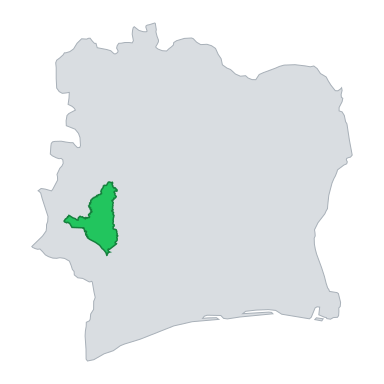 Guemon, Dix-Huit Montagnes, Ivory Coast (highlighted)
{"feature_id": "98640826B22329502030217", "entity_name": "Guemon", "entity_type": "district", "adm_level": 2, "iso_a3": "CIV", "parent_name": "Ivory Coast", "parent_adm1": "Dix-Huit Montagnes", "projection": "albers", "projection_center": [-7.319, 7.029], "detail": "fine", "context": "in_parent", "style": "filled", "palette": "green", "viewbox_px": 384, "rotation_deg": 0, "n_neighbors": 0, "source": "geoboundaries", "source_scale": "gbopen_adm2", "svg_char_len": 8751}
<svg xmlns="http://www.w3.org/2000/svg" viewBox="0 0 384 384"><path d="M64.4,52.8L65.9,52.8L69.9,51.6L73.6,48.9L77.0,43.3L81.6,38.8L86.8,39.1L88.3,38.3L90.1,38.2L92.3,41.1L94.5,43.4L96.0,43.4L97.2,47.7L106.6,49.5L110.7,50.7L114.1,53.8L115.3,53.9L116.7,53.2L117.8,52.1L118.1,50.9L116.6,48.1L117.2,45.6L118.8,43.3L121.2,43.2L124.9,42.5L129.1,42.5L132.2,42.9L133.4,40.7L132.2,34.3L132.5,30.8L133.1,27.9L134.2,26.7L138.9,30.4L143.2,31.7L146.2,31.8L147.1,31.1L145.8,27.0L146.1,25.8L147.3,25.1L149.3,24.7L154.7,23.0L155.3,23.4L156.3,29.7L155.9,31.8L157.0,36.2L158.5,40.2L158.4,41.8L157.2,44.3L155.8,46.6L156.0,47.5L158.1,49.1L162.3,50.7L166.6,51.0L169.0,48.7L171.5,46.8L173.3,45.1L173.8,42.5L176.6,40.7L184.4,38.4L191.6,38.0L193.3,38.7L196.6,42.2L200.7,44.6L207.0,44.3L211.5,45.7L215.5,48.4L218.2,54.4L221.1,58.7L222.4,64.8L227.0,68.1L230.5,69.5L235.4,74.0L240.4,76.2L245.6,75.7L248.1,78.0L252.0,79.6L255.8,79.7L259.2,74.5L263.7,72.5L275.1,68.3L279.5,66.4L284.1,65.1L295.0,64.7L305.2,65.9L310.3,66.8L313.8,66.0L317.1,68.5L320.5,73.6L323.3,75.2L326.2,77.0L328.3,81.0L330.8,85.0L332.2,86.8L335.3,90.7L337.9,90.8L340.5,89.0L341.6,87.7L342.1,90.4L341.1,94.6L341.4,97.3L342.8,98.3L342.1,101.7L339.1,107.5L339.1,110.9L342.1,111.9L344.3,115.5L345.6,121.7L346.9,123.8L347.1,125.0L349.4,140.1L352.2,155.1L350.5,157.1L348.2,157.7L346.7,158.4L346.3,159.8L347.3,161.9L346.7,163.8L343.8,165.1L337.5,169.9L337.0,171.8L335.4,175.9L334.0,178.4L332.0,183.1L328.8,195.3L327.7,205.5L327.5,208.6L326.2,210.8L324.8,213.9L318.0,222.7L314.5,229.8L315.0,232.9L315.2,236.0L314.2,238.2L314.4,244.2L315.3,249.2L316.6,254.1L321.7,268.0L324.4,276.4L326.1,283.2L327.6,287.8L328.9,289.7L329.5,291.4L337.0,292.6L338.4,293.6L340.6,302.5L340.2,306.5L338.8,308.0L338.9,311.4L338.6,315.6L337.5,317.3L333.3,317.6L330.5,319.2L326.8,318.6L326.4,317.6L324.4,317.2L318.8,314.8L319.7,307.1L317.1,306.8L315.1,307.9L311.3,317.2L309.4,318.8L281.7,314.2L275.7,310.4L268.5,309.6L256.0,310.1L245.7,311.3L242.7,313.7L268.8,312.1L271.6,312.4L272.9,313.8L239.9,317.0L227.4,318.9L223.6,318.4L220.8,315.5L207.1,315.2L204.3,316.2L202.6,318.4L208.0,317.9L216.5,317.7L218.8,319.4L192.2,321.7L173.8,325.9L166.0,329.0L140.2,339.2L124.6,344.0L120.4,345.7L113.3,350.7L104.1,353.8L93.8,359.7L87.5,361.0L86.1,359.1L86.0,349.2L85.1,336.0L85.4,331.0L86.2,326.2L86.3,322.3L89.4,320.8L90.2,319.2L90.7,314.0L93.6,309.4L93.7,301.2L94.5,299.5L95.2,297.4L94.0,292.0L92.3,282.0L91.5,281.3L90.8,281.7L89.2,281.9L82.7,278.4L77.8,277.8L74.3,274.9L74.1,271.5L72.4,269.5L71.2,265.6L69.4,261.1L64.5,258.4L59.9,257.7L56.7,258.3L52.8,258.1L48.4,256.6L45.4,254.9L42.5,251.6L39.9,249.0L37.7,249.3L35.2,248.6L32.6,247.4L31.8,246.5L42.5,236.1L46.1,231.0L46.5,227.9L46.5,224.7L47.7,221.5L48.0,216.5L42.2,198.6L40.7,193.0L39.1,191.4L38.1,190.8L41.1,188.5L45.2,189.1L51.5,190.9L52.8,189.2L57.6,180.1L57.5,176.8L57.0,174.4L59.8,168.3L62.0,165.9L63.2,163.3L62.8,159.8L61.2,158.4L59.0,158.7L56.3,157.8L52.3,155.8L50.3,154.0L50.9,145.8L51.3,143.3L52.7,141.8L54.9,141.4L61.2,141.2L66.2,142.1L70.6,142.7L73.0,142.7L74.9,145.1L77.4,147.6L79.7,147.5L80.5,145.7L80.0,137.6L78.5,133.4L75.1,129.2L66.3,125.7L66.1,120.8L67.0,115.5L68.9,113.5L75.4,110.1L74.3,108.3L72.2,106.4L68.1,104.4L69.0,98.1L69.3,92.4L65.8,93.0L62.2,93.3L59.2,91.6L56.7,88.1L56.2,78.6L56.2,67.7L55.7,62.8L56.7,60.2L59.8,57.9L63.2,54.8L64.4,52.8ZM323.2,318.8L321.8,320.9L314.8,319.6L316.4,317.8L323.2,318.8Z" fill="#d9dde1" stroke="#a8b0b8" stroke-width="1"/><path d="M107.0,256.0L106.9,255.2L107.1,254.9L107.0,254.7L107.3,254.1L107.3,253.7L107.7,253.7L107.8,253.6L108.0,253.0L108.1,252.6L109.7,252.1L109.4,252.0L108.8,251.3L108.5,251.1L108.2,250.8L108.1,250.6L108.2,250.4L108.2,250.1L108.0,249.9L108.1,249.7L108.1,249.4L108.4,249.0L109.5,249.3L116.3,244.0L116.5,243.7L116.4,243.6L115.6,243.3L115.3,243.1L115.2,242.9L115.1,242.4L115.3,242.1L115.8,241.6L116.4,241.2L117.0,240.5L117.1,240.2L117.2,238.8L117.1,238.4L116.8,237.8L116.8,237.5L116.8,237.1L117.3,236.7L117.7,235.9L117.7,235.7L117.4,235.5L116.8,235.2L117.1,234.7L117.2,233.8L117.0,233.4L116.7,232.7L116.7,231.9L116.8,231.4L116.6,231.2L116.6,230.8L116.2,230.1L116.2,229.8L116.0,229.7L114.8,229.2L114.7,229.3L114.2,229.3L113.3,228.9L113.1,228.7L113.2,227.4L113.1,227.1L113.1,226.8L113.3,226.5L114.0,226.2L114.1,225.9L114.1,225.5L114.2,225.3L114.2,225.1L114.0,224.7L113.7,224.6L113.1,224.0L112.9,223.2L113.0,222.7L113.2,222.2L113.3,221.7L113.3,220.8L113.0,220.3L113.0,219.9L113.2,219.6L113.3,219.1L113.3,218.0L113.6,217.4L113.6,216.9L114.0,215.6L113.9,215.4L113.6,215.2L113.6,214.9L113.5,214.7L113.2,214.8L113.1,214.7L113.2,214.2L113.0,213.4L113.2,212.9L113.5,212.8L113.5,212.5L112.8,211.7L112.3,211.5L112.0,211.3L111.8,211.1L111.7,210.7L111.8,210.5L112.3,210.2L112.6,210.2L112.9,210.2L113.1,209.8L113.0,209.7L112.8,209.6L112.6,208.9L112.5,208.2L112.7,207.1L112.6,206.4L112.9,205.8L113.0,205.4L112.9,205.0L112.7,204.7L112.7,204.3L113.1,203.2L113.2,202.8L113.2,202.6L112.5,201.4L112.0,200.9L111.9,200.7L112.2,200.3L112.4,200.1L113.1,200.1L113.5,199.5L113.9,199.3L114.0,199.1L113.9,198.9L113.7,198.4L113.8,198.2L115.3,198.0L115.6,197.6L116.1,196.9L116.2,196.3L116.1,196.2L115.9,196.1L115.6,195.9L115.1,195.2L114.9,194.7L114.8,194.3L115.0,193.7L115.0,193.3L114.8,193.1L114.6,193.0L114.1,192.4L114.1,192.0L114.2,191.7L114.6,191.5L114.9,191.2L115.3,191.0L116.0,191.0L116.5,191.2L116.9,191.1L117.0,191.0L117.1,190.7L117.0,190.2L116.9,189.6L116.5,189.3L116.1,189.3L116.1,189.0L115.3,187.9L114.9,187.8L114.5,188.1L114.1,188.2L113.8,187.4L113.4,187.3L113.0,186.9L112.7,186.5L112.8,185.7L112.7,185.4L112.4,185.2L112.1,184.3L112.1,184.0L112.5,183.6L112.6,183.4L112.6,182.7L112.3,182.3L112.0,182.5L111.7,182.5L111.1,182.6L110.5,182.3L110.2,182.3L109.8,182.1L109.5,182.0L108.5,182.1L108.3,182.2L108.0,182.8L107.5,183.4L107.4,183.8L107.2,184.0L107.0,184.7L106.3,185.4L105.9,185.3L105.2,185.4L104.2,185.3L103.9,185.9L103.4,186.0L103.2,187.4L102.9,187.8L102.4,188.6L101.6,189.4L101.5,189.7L101.6,189.8L101.5,190.1L101.2,190.8L101.0,191.0L101.2,191.4L101.0,191.7L101.2,191.8L101.1,192.1L101.4,192.5L101.4,192.9L101.5,193.1L101.5,193.6L101.4,193.6L101.1,193.8L100.8,193.8L100.7,194.2L100.3,194.5L100.1,194.5L99.9,194.4L99.1,194.7L98.9,194.7L98.6,194.7L98.4,194.7L98.3,194.8L98.3,195.0L98.1,195.3L97.9,195.2L97.5,195.4L97.4,195.4L97.4,195.5L97.1,195.4L96.7,195.6L96.5,195.9L96.4,196.2L96.2,196.4L96.3,196.5L96.0,196.5L95.8,196.7L95.4,197.0L94.9,197.3L94.6,197.2L94.1,197.3L93.9,197.7L93.8,197.8L93.7,198.1L93.4,198.1L92.8,198.2L92.4,198.6L92.2,198.7L92.2,198.9L92.0,199.5L91.3,200.0L91.1,200.0L90.9,200.1L90.7,201.5L90.9,202.2L90.4,202.8L90.4,203.0L90.2,202.8L89.9,202.8L89.6,203.1L89.8,203.7L89.7,204.3L89.3,205.0L89.1,205.8L88.7,206.0L88.9,206.4L89.0,206.2L89.1,206.3L89.0,206.5L89.2,207.0L89.2,207.4L89.3,207.5L89.5,207.4L89.6,207.6L89.8,207.6L90.0,207.5L90.1,207.9L90.2,208.1L90.3,208.1L90.2,208.3L90.3,208.4L90.2,208.6L90.3,208.7L90.2,208.9L90.6,209.0L90.7,209.6L90.9,209.6L90.7,209.8L90.6,210.0L90.9,210.3L91.2,210.2L91.2,210.5L91.4,210.7L91.3,210.8L91.3,211.0L91.8,211.5L91.5,211.8L91.3,211.6L91.1,211.5L90.9,211.7L91.1,211.8L91.0,212.0L90.7,212.1L90.6,212.4L90.6,212.5L90.8,212.6L90.5,212.7L90.4,213.0L90.2,213.1L90.2,213.3L90.1,213.2L89.9,213.3L89.8,213.6L89.5,213.7L89.1,214.3L88.8,214.4L88.8,214.5L88.6,214.6L88.5,215.0L89.3,216.5L89.6,216.8L89.5,217.2L89.3,217.4L89.2,217.5L86.6,217.7L86.0,217.5L85.9,217.5L85.9,217.8L86.2,218.1L85.9,218.1L85.3,218.7L85.2,218.4L85.4,218.3L85.1,218.0L84.5,217.8L84.4,217.8L84.4,218.0L84.2,218.1L83.6,217.7L83.3,217.7L82.6,217.1L82.6,216.9L82.3,216.8L81.9,217.0L81.6,217.0L81.2,217.0L81.1,216.9L80.7,216.6L80.4,216.5L80.1,216.3L79.8,216.5L79.5,216.6L79.1,217.3L78.9,217.5L78.6,217.6L78.3,218.0L78.0,219.7L78.0,220.1L76.9,220.0L75.2,218.6L73.0,217.9L70.8,216.5L69.5,215.6L68.8,215.4L68.4,216.5L68.0,216.6L67.8,216.7L67.6,216.7L67.5,217.0L67.6,217.3L67.4,217.4L66.9,218.0L66.6,218.2L66.5,218.4L65.8,218.8L65.7,218.9L65.4,219.0L65.2,219.5L64.7,220.1L64.6,220.5L64.3,220.7L64.4,220.9L64.4,221.0L64.2,221.2L64.2,221.3L64.2,221.5L64.9,222.1L66.1,222.5L66.5,222.7L66.8,222.8L67.0,222.7L67.2,222.3L68.4,222.5L69.2,223.3L69.7,223.4L70.0,223.8L70.1,224.1L72.0,227.4L83.0,227.8L82.7,228.1L82.9,228.2L83.0,228.2L83.4,228.3L83.6,228.6L83.9,228.5L84.2,228.8L84.3,229.2L84.3,229.4L84.6,231.1L84.8,230.9L85.3,230.9L85.4,231.2L85.4,231.6L85.7,231.6L85.8,231.3L85.9,231.2L86.4,231.4L86.5,231.6L86.1,232.4L86.2,232.6L85.9,232.9L85.6,233.6L85.6,233.8L85.7,234.2L85.9,234.2L85.9,234.3L85.9,234.5L86.0,234.6L86.0,234.9L86.6,234.7L86.8,234.8L86.7,235.1L86.8,235.6L87.1,236.2L87.0,236.3L86.8,236.3L86.8,236.6L87.0,236.7L87.5,236.7L87.9,237.0L87.7,237.3L87.6,237.8L89.8,239.4L95.4,242.3L99.7,245.3L102.3,248.8L103.1,249.2L104.6,250.8L105.1,251.6L105.9,252.5L107.0,256.0Z" fill="#22c55e" stroke="#15803d" stroke-width="1.5"/></svg>